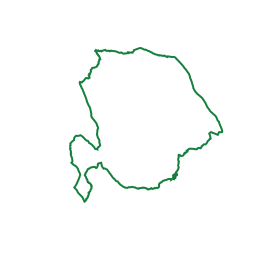 Saboyá, Boyacá, Colombia (Equal Earth projection), rotated 310°
{"feature_id": "7082276B63710886771215", "entity_name": "Saboyá", "entity_type": "district", "adm_level": 2, "iso_a3": "COL", "parent_name": "Colombia", "parent_adm1": "Boyacá", "projection": "equal_earth", "projection_center": [-73.781, 5.705], "detail": "fine", "context": "isolated", "style": "outline", "palette": "green", "viewbox_px": 256, "rotation_deg": 310, "n_neighbors": 0, "source": "geoboundaries", "source_scale": "gbopen_adm2", "svg_char_len": 5831}
<svg xmlns="http://www.w3.org/2000/svg" viewBox="0 0 256 256"><g transform="rotate(310 128 128)"><path d="M212.1,120.4L212.3,119.9L212.4,118.9L212.3,118.4L211.6,117.0L210.7,116.1L208.9,113.1L208.0,112.0L207.6,112.3L207.2,111.1L206.9,110.6L206.9,109.4L206.0,108.8L205.6,108.2L204.2,105.6L203.9,105.2L203.5,105.2L203.2,104.7L203.0,103.6L202.0,101.5L201.7,101.0L201.7,100.3L201.1,98.9L201.2,97.6L200.7,96.3L200.6,95.2L199.9,93.5L199.4,91.2L198.7,90.5L198.3,89.5L198.1,88.0L197.3,86.2L196.9,85.7L195.6,84.9L191.4,82.5L190.7,82.9L188.7,83.1L188.3,82.2L187.7,81.9L186.1,79.5L185.6,80.2L183.0,77.6L182.2,77.0L181.9,76.6L181.6,74.5L181.2,74.0L180.5,73.7L180.2,73.3L179.6,71.8L179.2,70.2L178.4,68.6L177.4,67.2L176.5,65.5L176.2,65.3L175.9,65.3L175.7,64.7L175.0,64.6L174.8,63.6L173.2,61.9L173.2,60.4L170.7,58.7L170.5,58.4L169.7,58.5L169.3,57.2L168.7,57.0L168.2,56.1L168.3,55.3L167.0,54.8L166.9,54.6L167.1,54.1L167.1,53.3L166.0,53.3L165.7,53.6L165.9,54.4L166.0,55.1L165.1,56.2L164.9,56.6L165.0,57.5L164.4,58.5L164.5,59.8L162.8,62.6L162.0,62.0L160.7,62.8L159.5,63.0L158.9,63.9L158.2,64.2L157.8,64.3L157.3,64.0L156.6,64.4L156.0,64.3L155.5,64.6L154.6,64.5L152.6,63.5L152.1,63.0L151.6,62.3L150.9,62.0L150.1,62.3L148.4,62.2L147.4,63.4L146.4,63.6L145.8,63.9L144.7,63.5L144.4,64.4L144.2,64.5L143.6,64.1L143.1,64.0L142.2,65.9L141.6,66.3L140.6,65.9L140.3,65.3L140.1,65.2L139.8,64.1L139.4,63.8L138.6,63.6L135.7,63.7L134.1,63.3L133.2,63.4L132.4,61.6L131.7,61.8L130.7,63.1L130.1,64.3L129.6,65.6L128.8,66.9L128.6,67.8L123.7,77.0L121.9,79.5L120.2,82.9L119.0,86.1L115.2,90.9L114.0,91.7L113.0,93.0L112.8,93.8L111.9,98.4L111.3,100.7L110.9,101.6L110.0,102.7L109.7,103.9L108.5,105.3L107.0,105.7L104.9,107.3L104.0,107.7L103.3,108.5L102.8,108.7L101.2,111.3L100.6,113.3L99.5,114.7L98.5,115.3L97.2,117.4L96.6,117.9L95.2,117.9L94.5,117.5L93.4,117.7L92.4,117.5L91.9,118.1L91.8,117.5L91.1,116.8L90.9,116.3L91.5,114.6L91.8,112.0L92.0,111.5L91.9,109.2L91.5,107.9L92.3,106.2L92.3,105.5L91.7,104.1L91.9,101.2L92.2,99.2L92.1,97.2L91.8,96.1L90.5,95.4L89.6,94.6L88.8,93.3L88.0,93.1L86.5,93.1L85.6,93.3L84.0,94.4L81.8,93.9L79.4,93.8L78.9,93.9L77.9,95.1L77.5,95.0L77.0,95.2L75.4,97.1L74.8,97.0L73.4,99.3L72.8,99.8L72.6,99.8L72.3,100.4L72.2,100.4L72.0,100.8L71.0,101.0L68.5,105.1L66.8,106.8L66.0,107.1L65.0,107.0L64.8,110.4L65.2,111.9L65.2,113.2L64.7,115.6L64.4,116.2L63.7,117.1L62.1,120.6L61.7,121.2L61.0,121.7L57.9,122.9L52.2,124.6L49.2,125.1L47.9,125.1L47.4,129.0L46.7,130.3L46.2,132.0L45.7,137.6L43.6,142.0L44.0,142.2L44.4,142.1L45.0,142.3L45.8,142.0L46.4,142.1L46.8,141.6L47.2,141.5L48.0,141.9L48.7,141.8L49.1,141.7L49.3,141.4L50.3,141.3L50.5,141.0L51.6,140.8L52.1,140.3L52.7,140.3L52.9,140.1L52.9,139.7L53.0,139.5L53.4,139.6L53.6,139.4L55.1,139.8L56.6,139.0L58.4,138.8L59.2,138.0L59.7,137.9L59.8,137.4L60.2,137.2L60.1,136.8L60.3,136.6L60.8,136.4L60.9,135.2L61.2,134.8L61.1,134.0L60.8,133.6L61.0,133.0L60.8,132.9L61.0,132.4L60.8,132.1L61.1,131.8L61.1,131.3L61.3,130.9L61.7,130.7L62.2,130.1L62.3,129.2L62.5,129.1L62.5,128.7L62.9,128.3L63.2,127.6L63.5,127.1L63.8,125.8L64.1,125.2L64.8,125.2L65.4,124.8L65.7,124.9L66.5,124.3L67.8,124.4L70.6,123.7L71.1,124.0L71.5,123.9L72.1,124.5L73.9,124.9L76.5,127.1L76.9,127.6L76.8,129.1L76.9,129.3L77.4,129.6L78.0,129.6L80.1,128.9L80.7,128.2L81.6,128.0L84.1,129.8L82.3,132.1L81.6,133.6L81.2,135.2L81.2,135.5L81.9,135.9L82.1,136.3L82.7,138.6L81.9,142.0L81.5,142.8L81.4,144.0L80.4,147.8L80.1,149.2L80.3,149.7L80.2,150.2L80.1,151.7L79.8,152.2L79.8,153.1L80.4,154.5L80.2,155.7L79.9,156.2L80.0,157.1L79.7,157.6L79.7,159.2L79.9,160.3L79.9,162.2L80.3,163.0L80.5,164.4L81.1,164.9L81.8,166.1L83.3,166.7L84.1,168.0L85.6,169.0L86.4,170.8L87.0,171.6L87.5,173.6L88.1,175.0L88.4,175.2L88.9,175.1L89.1,175.5L89.5,175.6L90.9,177.1L92.0,177.7L92.2,178.4L92.9,179.1L93.0,179.7L93.4,180.2L93.5,181.3L93.7,181.5L93.9,182.0L93.7,182.6L94.0,183.0L94.9,183.8L95.3,183.8L95.4,184.0L96.9,184.5L96.9,184.8L96.7,184.9L96.7,185.1L97.1,186.0L98.4,186.6L98.8,187.1L99.3,187.1L99.5,187.8L100.7,188.4L101.3,189.4L101.9,189.6L102.6,189.5L103.0,189.6L103.6,189.2L103.9,188.7L104.4,188.4L104.7,188.0L105.5,187.8L107.2,188.0L107.8,188.6L110.0,188.7L111.0,189.5L111.9,189.9L112.5,190.5L113.7,191.2L114.4,191.4L114.8,191.8L115.3,192.1L116.3,193.5L116.3,193.9L115.9,194.4L117.6,194.6L118.3,196.0L118.5,195.8L118.5,195.0L118.7,194.8L119.0,195.9L120.0,196.5L120.3,196.3L120.6,195.2L120.6,194.2L120.3,193.7L120.5,193.3L120.9,193.5L121.9,195.2L122.6,194.4L122.3,193.4L123.0,193.7L123.5,194.4L123.0,195.2L123.0,195.4L123.1,195.7L123.5,195.8L124.0,195.4L124.2,194.7L123.6,193.8L123.7,193.5L124.9,193.6L125.1,193.2L125.6,193.1L126.6,193.4L128.0,192.9L128.7,193.0L129.6,192.4L130.3,192.3L131.6,190.4L133.6,189.4L134.0,188.9L134.7,188.8L135.0,188.6L135.7,187.0L136.9,186.2L137.9,185.9L138.7,185.0L139.2,184.9L139.5,184.6L139.7,184.2L140.0,184.1L140.6,184.9L140.4,185.7L140.7,186.8L142.3,187.9L143.2,187.9L144.4,187.5L145.1,188.0L145.6,187.4L146.6,188.3L147.2,188.2L147.7,188.4L148.1,187.9L148.2,188.2L148.4,188.0L148.8,188.4L149.7,187.8L150.5,188.1L151.0,188.1L151.9,188.7L153.9,191.2L155.2,193.6L156.3,194.5L157.0,194.3L158.5,195.2L158.9,196.1L158.9,196.5L159.3,196.7L160.3,196.7L161.4,196.1L162.1,196.5L162.6,196.4L164.1,196.6L165.5,198.0L167.0,198.0L169.5,197.5L170.6,197.8L171.5,197.6L172.6,198.2L172.8,198.2L173.2,198.0L173.6,197.1L174.4,196.5L176.0,193.8L177.9,194.1L178.3,194.3L178.7,196.0L179.3,197.4L180.5,201.2L180.8,201.3L182.2,200.6L183.3,200.4L184.9,202.4L185.4,202.7L186.1,202.3L187.4,200.5L189.3,196.8L190.5,194.6L191.2,193.8L191.3,192.0L193.0,188.9L193.5,187.1L193.7,180.4L194.5,177.7L195.1,175.1L197.0,171.1L198.4,166.6L198.7,164.9L198.7,158.9L199.2,155.8L200.5,152.5L201.2,151.8L204.7,146.5L205.7,144.7L206.2,143.5L207.0,142.6L208.6,140.1L209.3,137.1L209.9,135.3L210.3,132.5L211.0,129.9L211.9,123.2L212.1,120.4Z" fill="none" stroke="#15803d" stroke-width="2"/></g></svg>